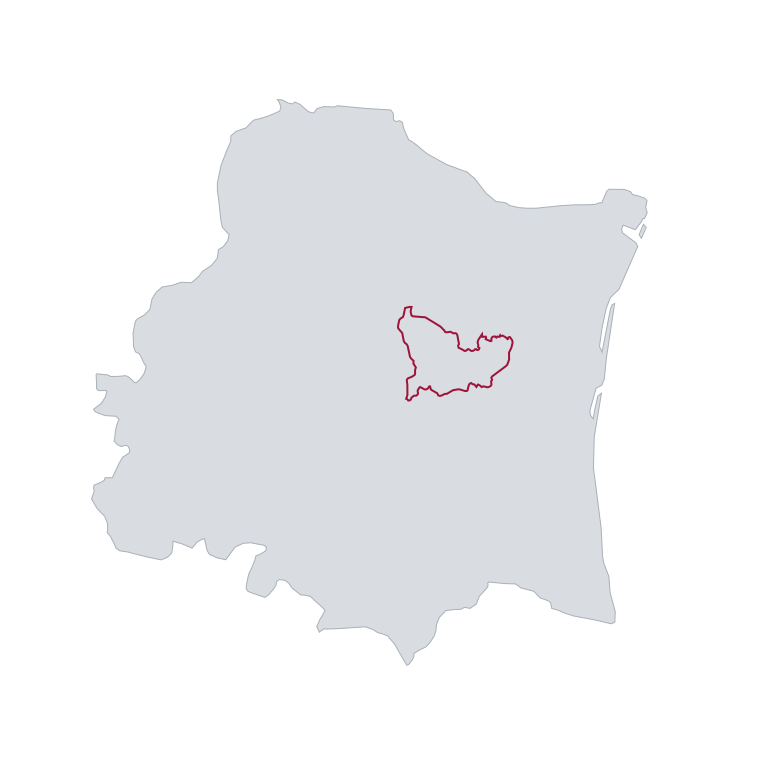 Lacs on a map of Ivory Coast (orthographic projection), rotated 284°
{"feature_id": "CIV-3461", "entity_name": "Lacs", "entity_type": "Department", "adm_level": 1, "iso_a3": "CIV", "parent_name": "Ivory Coast", "parent_adm1": "", "projection": "orthographic", "projection_center": [-5.076, 6.892], "detail": "medium", "context": "in_parent", "style": "outline", "palette": "rose", "viewbox_px": 768, "rotation_deg": 284, "n_neighbors": 0, "source": "natural_earth", "source_scale": "10m", "svg_char_len": 5557}
<svg xmlns="http://www.w3.org/2000/svg" viewBox="0 0 768 768"><g transform="rotate(284 384 384)"><path d="M172.7,151.4L175.3,151.3L182.0,149.4L188.1,144.9L193.9,135.6L201.6,128.1L210.2,128.7L212.7,127.4L215.8,127.1L219.3,132.1L222.9,135.9L225.5,136.0L227.4,143.1L243.1,146.2L249.8,148.2L255.4,153.4L257.4,153.5L259.8,152.4L261.7,150.6L262.1,148.6L259.7,143.9L260.8,139.7L263.3,135.9L267.4,135.7L273.5,134.7L280.5,134.7L285.7,135.4L287.8,131.6L285.9,121.0L286.4,115.2L287.3,110.3L289.2,108.3L297.0,114.5L304.1,116.8L309.2,117.0L310.6,115.8L308.5,109.0L309.1,107.0L311.0,105.8L314.3,105.2L323.4,102.4L324.4,103.0L326.0,113.6L325.2,117.1L327.1,124.3L329.5,131.0L329.3,133.8L327.3,137.9L325.0,141.7L325.3,143.3L328.9,145.9L335.8,148.6L343.0,149.2L347.0,145.3L351.2,142.1L354.1,139.3L355.1,135.1L359.6,132.0L372.7,128.2L384.6,127.6L387.5,128.9L392.9,134.7L399.8,138.8L410.2,138.3L417.8,140.7L424.4,145.2L428.8,155.2L433.6,162.4L435.7,172.7L443.3,178.1L449.3,180.5L457.4,188.0L465.7,191.8L474.4,190.9L478.4,194.8L484.9,197.6L491.3,197.8L497.0,189.1L504.5,185.7L523.4,178.8L530.9,175.7L538.5,173.7L556.7,173.0L573.7,175.1L582.2,176.6L587.9,175.4L593.4,179.5L599.1,188.1L603.8,190.8L608.5,193.7L612.1,200.5L616.2,207.2L618.5,210.2L623.6,216.8L628.0,216.9L632.3,214.0L634.1,211.8L635.0,216.2L633.4,223.3L633.7,227.7L636.1,229.4L634.9,235.1L629.9,244.7L629.9,250.4L634.9,252.2L638.5,258.2L640.7,268.5L642.9,272.0L643.1,274.1L646.9,299.2L651.5,324.3L648.7,327.6L644.8,328.6L642.3,329.7L641.5,332.1L643.2,335.5L642.2,338.7L637.3,340.9L626.8,348.9L626.1,352.1L623.3,358.9L621.0,363.1L617.6,370.8L612.2,391.2L610.2,408.1L609.9,413.3L607.8,417.0L605.4,422.2L593.9,436.7L588.1,448.6L588.9,453.7L589.2,458.9L587.5,462.6L587.8,472.6L589.3,481.0L591.4,489.2L599.8,512.4L604.2,526.5L607.0,537.8L609.4,545.5L611.6,548.6L612.6,551.5L625.0,553.5L627.4,555.2L630.9,570.0L630.3,576.7L627.9,579.3L628.0,584.9L627.4,592.0L625.6,594.8L618.7,595.2L613.9,597.9L607.7,596.8L607.1,595.1L603.7,594.5L594.5,590.5L596.0,577.6L591.7,577.1L588.4,578.8L581.9,594.3L578.8,596.9L532.7,589.1L522.7,582.7L510.7,581.3L489.8,582.1L472.6,584.0L467.6,587.9L511.1,585.6L515.8,586.0L518.0,588.3L463.0,593.5L442.0,596.5L435.8,595.7L431.1,590.8L408.3,590.2L403.6,591.8L400.8,595.4L409.7,594.7L423.9,594.4L427.7,597.2L383.4,600.8L352.6,607.7L339.6,612.9L296.6,629.6L270.5,637.5L263.6,640.4L251.7,648.7L236.4,653.8L219.2,663.4L208.7,665.6L206.3,662.5L206.1,646.0L204.8,624.0L205.3,615.6L206.7,607.6L206.8,601.1L212.0,598.6L213.4,595.9L214.2,587.3L219.1,579.6L219.3,566.0L220.7,563.2L221.8,559.6L219.8,550.7L217.2,533.8L215.8,532.7L214.7,533.5L211.9,533.7L201.2,527.9L192.9,526.8L187.1,521.8L186.8,516.2L183.9,512.9L182.0,506.3L179.1,498.8L171.0,494.2L163.3,493.1L157.9,494.0L151.5,493.7L144.2,491.1L139.1,488.3L134.4,482.7L130.0,478.3L126.4,478.9L122.1,477.8L117.9,475.8L116.5,474.2L134.4,456.9L140.5,448.4L141.2,443.2L141.3,437.9L143.2,432.6L143.8,424.3L134.2,394.4L131.8,385.1L129.1,382.4L127.5,381.3L132.4,377.5L139.3,378.6L149.8,381.7L152.1,378.7L160.1,363.7L159.9,358.1L159.2,354.2L163.9,343.9L167.6,339.9L169.5,335.6L169.0,329.7L166.2,327.5L162.5,327.9L158.2,326.4L151.5,323.0L148.1,320.0L149.3,306.3L149.9,302.1L152.3,299.7L156.0,299.1L166.4,298.7L174.8,300.3L182.1,301.3L186.1,301.3L189.2,305.4L193.4,309.5L197.2,309.5L198.5,306.4L197.7,293.0L195.3,285.8L189.7,278.9L175.2,273.0L174.9,264.8L176.4,255.9L179.6,252.7L190.5,247.1L188.6,244.1L185.1,240.8L178.3,237.5L180.0,226.9L180.4,217.4L174.6,218.4L168.6,218.9L163.6,216.0L159.4,210.2L158.8,194.4L159.0,176.1L158.2,168.0L159.9,163.7L165.0,159.8L170.7,154.6L172.7,151.4ZM601.7,597.1L599.4,600.6L587.7,598.4L590.5,595.4L601.7,597.1Z" fill="#d9dde1" stroke="#a8b0b8" stroke-width="1"/><path d="M456.0,467.1L453.5,468.0L454.6,471.3L454.0,471.8L452.1,471.8L451.3,477.1L451.9,477.8L454.1,477.2L455.5,477.6L456.5,478.6L457.0,480.7L456.4,481.1L456.2,481.9L457.5,482.7L457.7,484.5L459.4,484.9L458.6,485.7L459.7,487.3L458.8,490.6L457.4,493.0L457.8,493.4L459.2,493.3L460.0,494.8L457.3,497.9L455.2,498.8L449.9,498.8L444.8,497.7L437.9,499.5L432.5,498.9L430.9,498.0L417.4,487.0L416.1,486.6L414.2,487.9L412.5,487.3L409.4,488.4L407.9,488.0L406.5,486.5L405.8,485.0L405.8,481.0L404.6,479.5L405.6,477.9L406.3,475.4L406.0,475.1L403.5,474.4L405.5,471.5L405.2,470.1L406.0,468.2L404.9,467.0L402.9,466.5L398.1,466.6L397.2,466.0L396.8,464.3L397.1,459.1L396.8,457.3L394.7,452.5L389.6,447.3L389.1,445.4L386.7,442.6L385.9,441.0L386.1,439.4L387.9,437.9L389.6,431.8L390.2,430.7L392.8,429.3L392.6,428.5L390.1,427.6L388.9,426.2L388.6,424.6L389.8,419.8L389.5,419.4L386.5,418.3L385.1,418.4L383.1,419.3L382.1,419.2L380.8,418.4L380.4,417.9L379.9,415.9L377.4,414.0L375.2,413.7L374.5,413.1L373.8,411.6L374.9,410.3L375.0,409.1L379.0,409.4L389.1,406.8L392.8,405.3L394.0,405.2L395.4,406.0L397.6,409.1L400.1,411.5L401.4,411.7L404.9,410.8L407.8,410.9L410.8,407.7L413.7,407.0L415.1,404.4L416.7,402.6L426.6,397.8L428.0,396.4L429.1,394.1L430.6,392.7L437.8,389.4L441.4,384.4L442.4,383.9L443.8,383.6L449.6,383.3L451.5,384.2L453.6,386.2L455.8,386.4L462.9,386.1L465.0,390.2L465.4,392.1L462.0,392.1L459.8,392.7L457.2,394.1L456.8,395.0L456.7,395.9L458.7,408.0L453.3,425.1L450.6,429.4L449.2,430.9L449.2,431.9L450.8,436.0L449.9,439.1L450.6,440.9L450.4,442.2L449.0,443.4L440.9,447.1L439.2,446.6L437.2,447.6L436.7,450.5L435.6,454.1L436.0,455.4L438.1,457.0L438.3,457.5L437.3,460.4L437.2,461.4L438.5,463.3L439.9,464.0L440.1,464.9L439.6,465.7L439.5,466.5L440.5,467.7L441.9,467.9L442.7,466.3L444.7,466.1L446.2,465.1L447.5,464.7L449.9,464.9L456.0,467.1Z" fill="none" stroke="#9f1239" stroke-width="2"/></g></svg>